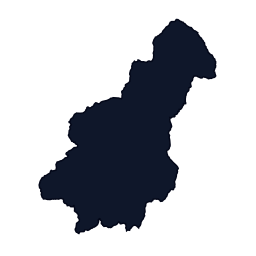 La Union, Arequipa, Peru, rotated 173°
{"feature_id": "86281439B24532133151812", "entity_name": "La Union", "entity_type": "district", "adm_level": 2, "iso_a3": "PER", "parent_name": "Peru", "parent_adm1": "Arequipa", "projection": "robinson", "projection_center": [-72.836, -15.108], "detail": "fine", "context": "isolated", "style": "filled", "palette": "ink", "viewbox_px": 256, "rotation_deg": 173, "n_neighbors": 0, "source": "geoboundaries", "source_scale": "gbopen_adm2", "svg_char_len": 5752}
<svg xmlns="http://www.w3.org/2000/svg" viewBox="0 0 256 256"><g transform="rotate(173 128 128)"><path d="M119.5,51.0L117.5,52.3L116.7,52.2L116.3,52.5L113.7,52.0L113.0,52.9L112.3,53.0L111.8,54.2L111.2,54.3L109.6,54.3L108.0,53.8L106.7,53.9L105.0,52.2L104.9,51.6L104.5,51.2L102.7,51.3L101.7,52.3L100.0,53.1L98.9,54.7L97.9,55.5L96.3,58.9L95.1,59.4L93.9,60.6L93.2,61.8L92.7,61.9L90.7,61.3L90.2,61.8L89.9,62.8L88.7,63.7L88.7,65.0L88.3,66.4L88.5,69.1L86.6,72.5L85.9,74.3L85.6,76.1L84.8,77.1L84.2,78.7L84.4,80.0L83.1,81.7L83.4,82.9L84.4,84.7L87.6,88.5L89.2,90.9L90.2,91.8L90.9,94.1L91.8,94.7L92.5,98.2L92.5,100.4L92.1,101.1L90.6,101.6L89.7,102.5L89.1,104.2L88.6,104.7L88.3,106.0L88.1,111.1L88.3,113.9L87.7,115.7L88.4,117.0L88.4,118.4L87.7,119.9L86.2,121.0L85.7,122.7L84.8,123.7L84.5,124.4L84.9,127.2L85.4,128.6L85.6,130.6L85.5,131.5L85.0,132.7L85.1,133.2L84.1,132.8L82.7,133.6L81.5,133.7L80.9,133.4L80.1,133.8L80.0,134.1L80.3,135.2L77.9,135.8L77.4,136.2L76.6,137.4L76.6,138.2L75.8,138.0L75.3,138.3L74.9,140.2L74.2,140.0L73.3,140.3L72.0,141.6L71.0,143.3L70.2,144.0L69.9,145.5L68.8,145.1L67.8,145.2L67.7,146.1L68.0,147.6L67.7,148.7L67.7,149.6L66.8,153.2L66.3,153.6L66.1,155.0L64.8,156.7L63.7,157.3L63.2,157.8L62.5,160.5L61.1,160.9L60.5,161.3L60.3,161.7L60.6,164.4L59.9,166.4L58.6,167.1L58.0,168.1L57.9,169.2L56.2,171.5L53.5,171.3L52.7,170.6L49.6,168.8L48.4,168.7L48.0,169.2L46.8,169.7L46.0,169.2L44.7,168.9L44.0,168.3L42.8,167.9L42.5,167.3L42.1,167.1L40.4,167.3L38.9,167.1L37.9,167.7L36.5,167.7L35.6,168.0L34.6,169.0L35.2,172.3L35.1,172.8L35.7,173.2L36.0,174.1L35.5,174.5L34.3,177.1L33.6,177.9L33.6,179.0L33.4,179.4L33.8,180.0L33.5,180.5L33.5,181.0L33.2,181.3L32.9,183.2L33.4,184.0L33.5,185.8L34.8,187.1L34.9,188.1L35.3,188.7L35.4,189.4L35.7,190.1L36.7,190.6L38.0,191.7L38.1,192.3L39.0,192.8L39.7,196.0L40.9,197.7L40.6,198.9L41.2,199.5L41.8,200.8L41.7,203.1L42.7,204.5L42.8,205.4L43.9,206.8L44.2,208.1L46.3,210.2L46.3,211.0L47.4,212.7L47.4,213.5L47.1,214.0L49.4,216.1L50.6,216.5L51.8,218.0L52.9,219.9L54.6,220.4L55.5,221.0L57.4,222.5L58.9,224.7L60.0,225.2L60.6,226.4L61.6,226.5L62.2,227.2L63.2,227.6L65.2,229.5L66.8,229.8L67.8,228.8L68.0,228.2L68.6,227.9L71.7,228.3L73.2,227.7L75.0,224.7L77.8,223.5L79.0,222.1L81.5,220.0L82.6,218.1L84.7,217.1L85.7,216.2L87.5,215.6L88.3,214.9L89.7,214.8L90.3,213.7L91.3,212.7L92.9,209.3L92.2,207.0L92.1,205.3L92.4,204.5L92.7,201.7L93.8,199.2L93.5,197.4L93.7,196.6L93.6,196.3L93.9,195.8L93.9,195.0L94.6,193.4L95.9,191.6L96.4,191.5L96.8,191.2L97.9,191.4L98.7,191.9L99.7,191.9L101.0,191.3L101.2,190.9L101.9,190.9L104.7,191.9L105.6,191.9L107.2,192.3L108.2,193.5L109.7,194.3L110.3,192.8L112.6,192.6L113.5,193.5L114.9,191.9L115.6,191.7L115.9,191.2L116.0,189.9L116.7,189.0L116.8,186.8L118.5,184.8L119.5,182.2L119.7,181.0L119.3,179.8L119.3,178.8L119.8,178.0L120.5,174.1L121.8,172.8L125.0,171.4L125.4,170.9L125.2,169.7L125.5,169.1L126.9,168.2L127.8,166.2L129.6,165.2L129.8,164.5L129.5,162.0L130.1,160.3L130.0,159.3L130.9,157.9L131.4,158.2L132.3,158.1L133.4,158.8L139.2,159.9L139.5,159.6L141.8,159.5L142.6,158.8L145.5,157.9L150.3,157.4L151.9,156.8L152.9,155.8L153.7,155.5L154.5,155.6L156.2,156.7L157.1,156.9L158.8,155.5L159.0,154.7L159.8,153.8L160.8,153.7L162.2,152.7L163.8,152.5L165.2,153.7L165.8,153.6L166.3,153.2L166.6,152.0L167.5,151.2L168.0,150.1L169.2,149.1L171.0,148.3L173.6,148.4L176.7,148.9L177.1,149.1L179.5,148.0L180.7,146.1L181.3,145.5L181.4,144.7L182.4,144.6L183.4,144.0L184.0,143.4L184.3,142.3L185.8,141.3L185.7,140.7L184.8,140.6L184.5,139.1L183.9,138.4L183.9,138.1L185.6,136.3L185.6,135.0L185.2,134.1L186.6,132.7L187.4,129.0L188.0,128.2L187.3,125.9L186.0,123.6L185.5,121.8L184.3,121.4L183.7,120.5L182.2,120.3L182.3,119.3L182.1,118.9L181.2,118.1L180.4,117.9L180.1,117.5L180.0,117.2L180.4,115.5L181.3,115.0L183.9,115.1L186.8,113.1L189.6,112.3L190.8,111.3L192.0,110.9L192.6,110.0L192.5,109.3L191.4,108.3L190.5,108.1L191.6,106.4L193.0,106.0L194.0,106.0L195.0,105.1L197.8,103.6L198.9,103.6L201.5,102.8L202.4,102.9L203.9,100.5L203.8,97.4L204.6,94.9L208.0,94.5L208.7,94.7L209.0,95.2L209.5,95.2L210.1,94.6L210.8,92.8L213.7,91.6L214.9,90.8L216.4,90.8L216.9,90.4L217.5,89.2L219.1,89.2L221.6,85.9L223.1,82.3L223.0,79.4L221.8,78.0L222.3,75.9L221.6,74.9L221.6,74.5L222.2,72.6L221.6,69.7L220.9,68.9L220.6,67.9L218.8,67.8L216.6,66.9L213.9,66.5L211.6,66.8L210.8,66.5L209.1,66.5L208.5,66.2L207.2,66.4L205.7,65.9L203.1,66.4L201.0,65.3L200.7,64.4L200.9,62.8L200.6,61.8L199.9,61.0L198.2,60.2L197.7,58.3L195.8,58.4L195.0,57.8L194.6,57.0L192.9,56.6L192.0,56.9L191.6,57.6L191.1,57.6L191.2,56.3L190.7,54.6L191.2,52.2L190.4,51.1L189.1,50.5L189.1,50.1L188.8,49.2L188.1,48.5L187.8,47.8L187.7,47.4L188.1,46.9L188.5,45.2L187.9,44.7L187.8,44.0L187.4,43.6L187.7,41.4L190.7,39.6L190.7,38.8L191.1,38.1L191.2,37.2L191.7,35.7L192.0,34.9L192.6,34.3L192.8,33.2L192.4,32.6L192.3,31.5L191.7,30.8L190.8,30.5L190.3,29.7L189.6,29.3L188.7,30.6L188.3,30.9L184.4,30.6L183.9,31.0L183.6,31.8L183.0,32.2L181.5,31.9L180.3,31.3L178.8,31.8L176.9,32.9L175.4,33.1L174.8,33.8L173.5,33.8L171.7,34.7L170.1,35.8L169.0,37.7L168.5,39.2L168.9,40.2L167.5,41.5L167.1,41.5L166.9,41.3L167.1,40.4L165.6,39.1L166.1,36.3L165.7,35.8L165.0,35.7L164.9,34.4L164.2,33.9L163.9,33.3L161.4,33.2L160.3,32.4L160.1,32.0L159.3,31.6L158.4,31.7L157.4,31.3L156.3,31.6L155.0,32.8L154.4,32.8L153.7,33.3L152.5,33.2L150.9,33.8L148.6,36.0L147.6,35.1L147.6,34.3L147.3,33.9L146.5,33.8L144.1,34.2L143.0,33.5L142.1,33.4L141.8,30.8L142.4,29.1L141.9,27.9L141.9,26.2L140.9,26.8L138.9,26.3L138.4,27.5L137.3,28.2L135.6,30.0L135.0,30.4L133.3,30.8L132.6,30.6L131.5,29.9L129.6,27.6L129.2,28.6L128.0,29.5L127.6,30.1L127.0,31.3L126.5,33.1L124.8,35.4L124.2,35.7L122.6,38.5L122.2,38.8L122.5,40.9L121.7,41.9L121.3,43.0L121.2,46.6L120.4,48.1L120.0,48.4L119.5,51.0Z" fill="#0f172a" stroke="#020617" stroke-width="1.5"/></g></svg>